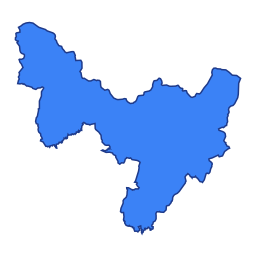 Dungu, Orientale, Democratic Republic of the Congo
{"feature_id": "63176286B6974395638231", "entity_name": "Dungu", "entity_type": "district", "adm_level": 2, "iso_a3": "COD", "parent_name": "Democratic Republic of the Congo", "parent_adm1": "Orientale", "projection": "robinson", "projection_center": [28.274, 4.004], "detail": "fine", "context": "isolated", "style": "filled", "palette": "blue", "viewbox_px": 256, "rotation_deg": 0, "n_neighbors": 0, "source": "geoboundaries", "source_scale": "gbopen_adm2", "svg_char_len": 5743}
<svg xmlns="http://www.w3.org/2000/svg" viewBox="0 0 256 256"><path d="M40.5,140.9L43.1,142.0L45.8,146.3L47.1,146.3L47.7,146.8L49.1,146.2L49.7,147.2L50.5,145.8L52.2,145.4L52.4,145.7L52.9,145.0L54.2,144.8L54.6,146.1L55.1,146.3L55.8,147.6L56.3,148.1L56.8,148.1L56.3,145.9L55.7,145.4L56.3,144.9L56.3,144.3L58.4,143.9L59.2,142.3L59.8,142.7L60.5,142.3L61.1,142.6L61.3,142.2L61.8,142.8L62.5,141.8L62.2,140.9L63.6,139.8L64.2,138.8L64.1,138.2L65.0,138.4L65.6,137.7L66.1,138.8L67.2,138.3L67.1,137.6L67.5,137.2L67.3,136.5L68.0,135.3L68.1,134.4L68.7,135.1L70.9,134.9L71.2,134.4L71.6,134.8L72.4,133.9L73.6,134.5L74.2,133.8L75.1,133.6L75.3,134.1L76.2,133.2L76.4,132.0L78.8,132.4L79.1,132.1L78.2,131.4L78.5,130.6L78.8,131.0L79.3,130.7L80.1,131.0L80.8,130.2L81.7,130.4L81.8,130.0L81.1,129.7L81.0,128.9L81.7,128.2L81.8,126.2L83.1,124.4L82.4,123.6L82.6,123.2L83.1,123.3L83.9,122.4L85.1,123.4L85.5,123.3L86.1,124.1L89.2,124.5L89.9,125.0L90.9,124.4L95.0,123.5L95.2,128.4L95.7,129.5L98.8,132.1L101.0,135.2L101.4,139.0L102.3,140.4L102.1,142.0L104.9,144.9L106.2,145.3L109.0,145.2L109.9,146.6L110.0,147.4L109.4,148.3L109.6,148.5L108.7,148.3L108.8,149.1L107.5,149.1L107.3,149.9L106.8,149.9L105.8,150.6L103.9,150.6L102.9,149.9L101.7,150.5L106.1,152.4L109.6,152.2L112.5,153.0L113.3,154.5L115.6,155.6L115.8,157.3L118.0,161.3L118.0,162.9L119.8,164.2L121.5,162.8L123.7,163.0L124.6,161.6L125.3,159.0L126.2,158.4L126.6,157.6L129.6,158.3L130.6,157.9L132.0,159.6L136.9,160.4L138.5,161.0L140.1,162.3L138.8,166.2L139.1,167.7L138.5,171.3L135.6,180.7L134.7,182.2L136.6,182.3L137.3,183.1L136.4,184.2L137.5,186.1L139.1,187.7L138.3,188.9L135.3,188.9L134.0,189.9L133.0,189.6L132.6,190.1L128.6,187.8L126.7,187.7L126.8,188.9L127.6,189.7L127.2,191.4L127.0,194.8L126.2,197.3L123.9,199.3L123.1,200.7L123.2,203.1L121.0,208.3L120.5,211.6L121.6,212.6L123.5,212.5L124.0,216.9L123.5,219.6L123.8,220.8L124.4,220.6L125.0,221.6L124.7,222.1L124.8,223.2L126.1,225.3L128.1,226.1L128.7,226.1L129.2,225.5L129.7,226.2L132.6,226.8L132.5,227.6L134.0,228.1L133.8,228.7L134.7,231.2L136.9,231.2L137.9,231.9L138.5,231.0L139.8,230.3L139.3,228.2L138.4,226.7L140.7,225.9L141.0,228.7L142.1,229.8L141.6,230.6L141.5,232.5L142.0,233.5L142.3,232.6L143.0,232.4L143.7,230.3L145.2,229.8L144.7,228.4L145.5,228.3L146.5,228.8L147.3,228.6L148.2,227.2L148.7,227.2L149.2,228.1L149.9,228.4L150.2,229.1L150.0,229.9L150.6,230.2L150.9,230.2L151.1,229.1L152.7,229.1L153.1,228.3L153.1,226.7L152.0,226.5L151.7,225.9L152.2,224.5L152.8,224.2L153.3,222.0L155.1,221.0L156.1,218.9L156.1,215.1L155.8,213.7L156.7,212.0L157.4,211.7L159.3,211.9L159.6,211.5L160.5,212.1L163.7,212.3L166.1,209.9L166.4,206.2L167.1,205.7L168.9,205.4L171.1,202.7L171.4,201.3L172.0,201.2L172.5,199.8L172.7,197.4L173.7,195.5L174.8,194.5L177.3,193.3L179.2,191.5L185.3,183.0L185.5,181.8L186.0,181.2L185.0,177.0L186.4,174.9L186.9,174.8L187.8,173.6L189.5,174.9L190.4,176.6L191.5,177.0L192.1,178.0L192.4,177.2L194.6,177.1L195.6,176.2L196.2,177.5L197.4,178.1L200.0,181.6L202.1,182.0L202.5,182.4L204.3,179.8L206.1,173.7L207.1,173.1L208.3,173.6L208.9,173.4L209.9,172.2L210.7,168.8L211.8,166.6L211.8,165.1L212.2,164.4L212.1,163.1L211.2,162.5L210.8,161.6L209.4,160.9L208.9,159.6L209.0,158.8L212.2,157.9L218.2,155.1L219.2,156.8L222.5,155.9L224.6,151.5L228.1,148.9L229.6,148.2L228.8,146.5L227.1,146.2L226.1,144.2L225.6,143.9L225.8,142.6L224.9,142.3L223.8,140.7L225.6,136.5L225.2,133.7L224.3,132.5L222.8,131.6L219.0,130.3L218.6,128.9L221.6,127.5L222.9,127.3L223.4,127.6L224.7,126.7L225.4,125.7L226.6,125.5L226.9,123.2L227.6,121.8L227.2,117.6L228.1,115.7L227.7,114.3L228.4,113.8L229.1,112.0L228.5,109.7L229.0,107.8L230.6,106.2L233.1,105.4L234.7,103.6L237.7,97.7L238.3,94.3L238.7,83.2L240.6,78.4L236.7,75.5L232.3,75.2L229.2,72.3L225.9,69.9L221.5,69.6L220.6,69.0L217.2,68.8L215.8,68.1L213.8,68.2L212.4,69.8L211.8,72.3L212.3,75.0L207.5,83.8L204.1,87.8L200.9,92.7L199.6,93.9L196.7,93.5L195.5,95.2L195.2,96.3L192.2,97.4L191.0,97.1L189.6,95.8L187.2,93.1L186.4,90.8L185.2,90.6L182.9,91.0L182.4,90.5L182.8,88.9L182.4,88.4L180.9,88.2L179.8,87.5L178.3,85.4L177.8,85.3L175.6,86.1L170.8,86.3L169.4,86.2L166.6,85.0L162.4,85.4L161.5,84.7L161.5,83.9L162.1,83.1L161.7,80.9L160.5,78.7L159.1,78.2L156.9,80.4L154.5,80.7L153.8,81.1L152.7,84.5L152.6,86.9L150.8,90.0L149.2,91.0L144.9,91.9L144.1,92.5L143.9,94.2L143.3,95.2L138.7,95.7L137.8,96.6L136.5,100.1L135.4,101.7L134.2,102.1L133.3,103.1L130.3,103.5L128.0,102.1L126.6,100.6L126.0,98.8L124.3,98.6L122.7,99.2L118.0,99.6L116.7,99.4L113.7,98.0L110.3,93.7L109.0,90.3L107.7,89.4L104.8,90.2L101.2,87.4L100.7,85.8L100.4,81.4L99.3,80.4L97.3,80.2L96.7,80.6L93.9,79.5L90.9,80.9L88.6,81.0L84.1,78.2L83.2,78.5L82.5,78.3L81.7,76.9L81.0,72.8L79.9,71.6L82.0,68.2L81.9,62.2L80.8,60.3L75.8,60.5L75.0,56.2L75.3,55.4L73.8,51.9L73.2,51.6L71.4,51.7L66.5,52.8L64.7,51.7L64.3,50.8L62.4,48.6L61.6,46.4L58.8,45.6L56.8,42.4L56.6,41.1L54.9,38.8L55.4,36.4L55.1,35.0L54.2,33.8L52.9,32.9L47.2,30.9L45.4,29.5L38.8,27.3L33.0,23.1L29.5,22.5L26.0,23.0L23.1,24.2L20.9,26.0L18.5,27.3L19.9,29.9L19.9,32.2L16.5,32.9L15.9,33.5L16.3,36.8L15.5,37.6L15.4,39.7L16.7,40.8L18.2,41.1L18.1,41.6L17.0,42.7L19.5,46.1L20.0,50.7L20.7,52.5L21.9,53.5L23.8,54.2L24.4,54.8L24.4,56.6L23.6,58.4L21.6,59.3L19.6,59.2L19.1,59.5L20.0,62.3L21.3,63.8L23.0,67.5L19.0,72.5L19.4,73.5L19.4,75.3L18.4,77.0L19.3,79.0L18.5,80.3L17.7,83.6L19.9,83.9L22.1,83.5L23.2,84.3L23.9,83.8L26.8,86.1L27.8,86.0L31.1,87.0L32.1,87.4L32.8,88.4L35.4,89.3L35.9,89.4L37.6,88.1L40.6,87.8L41.9,87.0L42.6,87.0L43.6,87.8L43.6,88.4L41.5,91.7L41.4,96.2L39.4,101.0L39.4,108.6L38.4,108.9L38.5,110.6L37.3,116.5L36.3,117.7L35.6,121.4L36.3,123.6L37.9,124.2L38.1,125.1L37.8,125.7L38.5,127.4L38.1,129.4L38.4,131.1L38.8,132.1L40.6,133.8L40.8,135.8L41.7,137.2L42.3,138.9L40.9,139.4L40.5,140.9Z" fill="#3b82f6" stroke="#1e3a8a" stroke-width="1.5"/></svg>